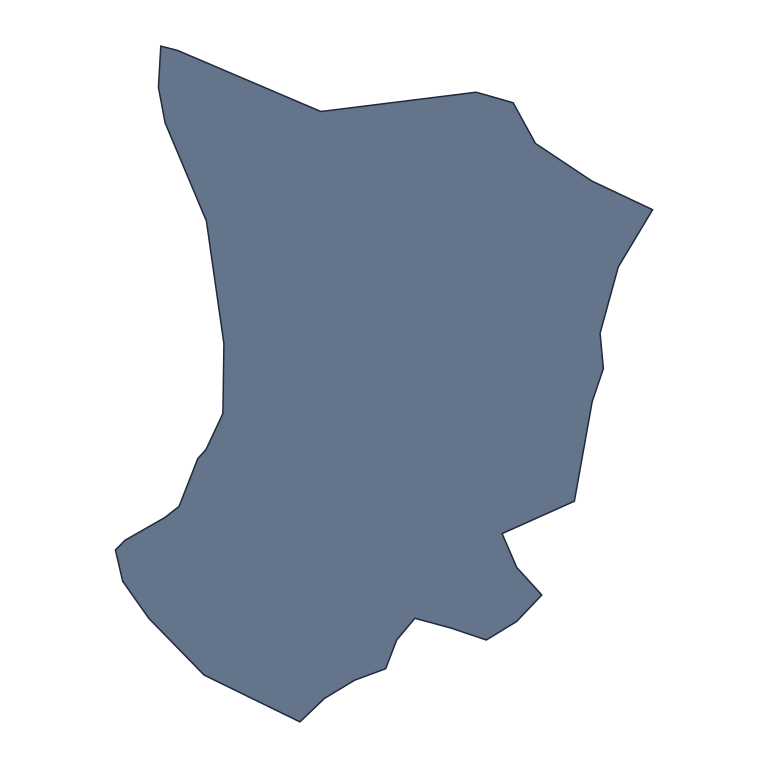 SVG path tracing the border of Dajabón
{"feature_id": "DOM-1966", "entity_name": "Dajabón", "entity_type": "Province", "adm_level": 1, "iso_a3": "DOM", "parent_name": "Dominican Republic", "parent_adm1": "", "projection": "orthographic", "projection_center": [-71.618, 19.433], "detail": "fine", "context": "isolated", "style": "filled", "palette": "slate", "viewbox_px": 768, "rotation_deg": 0, "n_neighbors": 0, "source": "natural_earth", "source_scale": "10m", "svg_char_len": 620}
<svg xmlns="http://www.w3.org/2000/svg" viewBox="0 0 768 768"><path d="M155.3,625.0L149.0,618.6L122.7,581.3L115.4,550.0L125.1,540.2L165.0,517.4L179.1,506.3L197.8,458.5L206.0,449.5L222.9,413.5L223.9,343.6L206.4,221.0L165.1,122.8L158.4,87.2L160.8,46.1L177.5,50.4L320.8,111.5L476.1,92.2L513.2,102.8L535.5,143.5L591.8,181.0L652.6,209.7L618.3,266.9L600.1,333.2L603.4,368.6L592.2,401.6L574.4,501.2L502.1,533.6L516.8,567.5L541.8,595.0L516.6,621.5L486.3,640.0L451.0,628.1L414.9,618.3L396.7,640.0L385.7,668.7L354.4,680.3L324.5,698.4L299.9,721.9L204.1,675.1L155.3,625.0Z" fill="#64748b" stroke="#1e293b" stroke-width="1.5"/></svg>